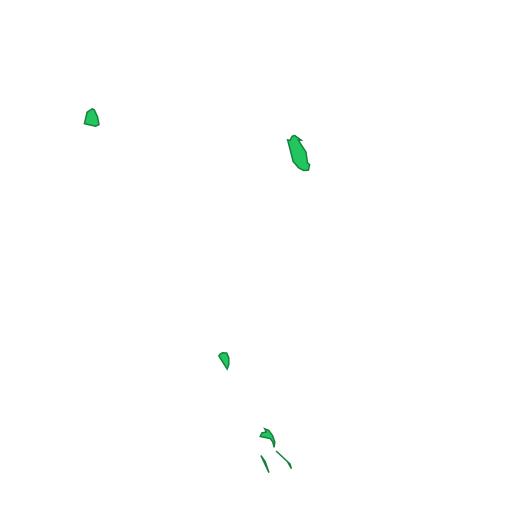 map outline of Dependencias Federales (orthographic projection), rotated 243°
{"feature_id": "VEN-44", "entity_name": "Dependencias Federales", "entity_type": "Federal Dependency", "adm_level": 1, "iso_a3": "VEN", "parent_name": "Venezuela", "parent_adm1": "", "projection": "orthographic", "projection_center": [-66.343, 11.477], "detail": "coarse", "context": "isolated", "style": "filled", "palette": "green", "viewbox_px": 512, "rotation_deg": 243, "n_neighbors": 0, "source": "natural_earth", "source_scale": "10m", "svg_char_len": 756}
<svg xmlns="http://www.w3.org/2000/svg" viewBox="0 0 512 512"><g transform="rotate(243 256 256)"><path d="M323.3,332.0L345.1,336.9L343.6,338.8L346.3,342.7L345.8,345.2L338.7,348.8L339.9,346.3L325.8,347.7L315.8,344.2L313.0,345.2L308.7,341.7L310.5,337.3L315.0,334.1L323.3,332.0ZM451.8,163.2L460.8,170.8L461.5,176.9L459.8,178.2L452.1,178.0L444.4,175.8L444.4,172.0L451.8,163.2ZM168.4,179.0L183.7,177.5L184.7,178.7L185.0,182.2L182.8,185.9L177.6,185.5L171.9,182.7L168.4,179.0ZM94.5,185.3L98.1,185.3L94.8,188.2L88.5,189.2L81.8,188.3L77.3,185.3L82.7,186.5L86.9,185.8L93.3,177.8L95.7,181.0L94.5,185.3ZM57.1,169.2L76.0,169.8L68.5,170.8L57.1,169.2ZM58.5,190.7L73.1,185.4L55.2,191.9L50.5,191.0L58.5,190.7Z" fill="#22c55e" stroke="#15803d" stroke-width="1.5"/></g></svg>